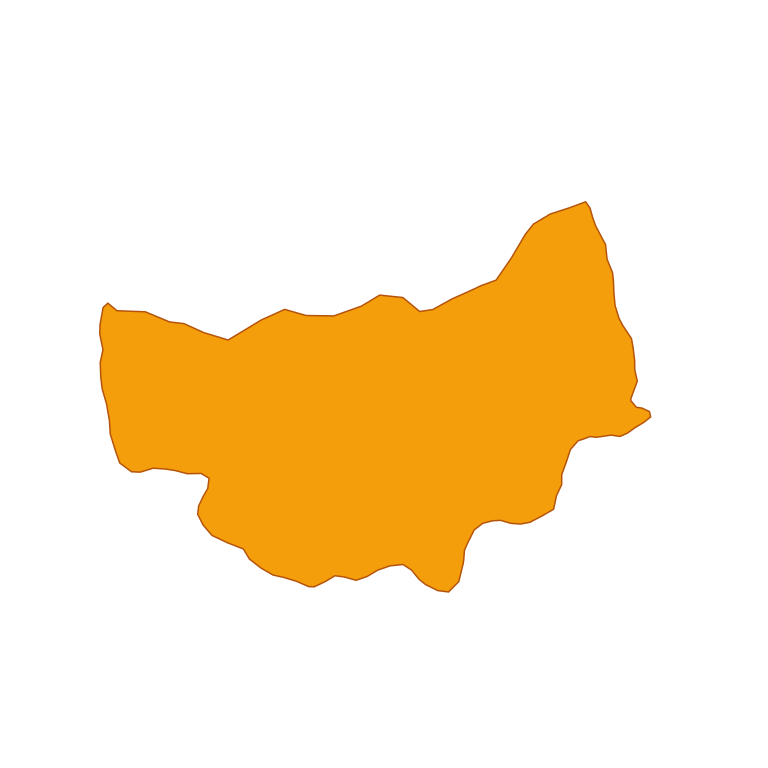 Julfa District, Culfa, Azerbaijan (Natural Earth projection), rotated 239°
{"feature_id": "54616110B53393721771174", "entity_name": "Julfa District", "entity_type": "district", "adm_level": 2, "iso_a3": "AZE", "parent_name": "Azerbaijan", "parent_adm1": "Culfa", "projection": "natural_earth1", "projection_center": [45.681, 39.144], "detail": "fine", "context": "isolated", "style": "filled", "palette": "amber", "viewbox_px": 768, "rotation_deg": 239, "n_neighbors": 0, "source": "geoboundaries", "source_scale": "gbopen_adm2", "svg_char_len": 1743}
<svg xmlns="http://www.w3.org/2000/svg" viewBox="0 0 768 768"><g transform="rotate(239 384 384)"><path d="M595.5,188.9L594.2,182.6L581.2,171.2L573.4,166.2L558.0,160.7L548.7,151.9L536.0,144.9L524.9,139.9L509.5,135.8L493.9,129.7L482.1,123.6L464.6,119.3L464.1,119.2L452.3,116.8L438.8,122.4L434.0,129.7L430.7,142.8L423.7,152.8L417.4,160.4L408.4,169.2L401.5,181.2L393.3,185.5L385.2,179.1L381.0,171.5L375.0,162.4L368.3,157.2L356.3,156.3L342.7,158.6L328.6,168.0L315.0,178.5L303.3,178.5L289.5,183.8L277.4,190.5L270.2,198.1L260.2,207.2L249.1,215.1L246.1,219.8L244.9,231.8L244.9,243.2L239.1,250.5L230.1,259.0L227.7,270.4L227.7,282.7L225.0,295.6L219.5,307.3L210.5,311.7L198.5,313.5L190.6,316.4L179.2,323.7L172.5,332.2L176.1,346.3L189.1,359.2L191.8,361.5L200.0,367.3L203.9,372.7L212.5,386.2L213.7,397.1L210.8,406.7L207.1,413.7L202.0,418.4L199.2,421.0L193.6,429.0L190.3,437.9L189.5,451.8L189.3,464.9L199.4,474.3L206.3,484.5L214.8,489.7L223.5,500.4L231.8,510.0L235.4,521.1L234.1,526.6L232.9,533.4L229.1,538.4L226.5,544.4L223.3,552.2L217.5,559.3L216.5,567.2L217.3,576.8L217.3,587.0L218.4,595.2L218.4,595.6L223.6,597.3L230.4,592.8L234.1,588.3L242.7,587.0L244.5,588.3L249.5,594.5L256.0,602.6L266.9,606.2L275.0,610.9L286.3,616.0L295.4,619.5L311.4,618.8L319.5,619.3L332.3,622.5L344.1,628.2L354.1,633.7L361.6,637.2L376.1,639.5L389.4,645.7L410.1,646.8L418.9,648.5L428.6,651.2L436.3,650.7L439.6,633.4L444.1,614.0L444.1,594.6L439.6,582.4L426.4,558.0L415.3,533.6L418.3,517.9L419.7,504.2L421.9,486.3L422.7,464.1L427.8,451.9L448.4,444.7L462.4,426.1L462.4,404.6L468.2,376.0L482.9,352.4L499.1,337.3L502.1,311.6L502.0,286.5L502.0,273.0L521.1,255.8L538.8,243.6L547.6,232.2L568.9,216.5L584.3,192.9L595.5,188.9Z" fill="#f59e0b" stroke="#b45309" stroke-width="1.5"/></g></svg>